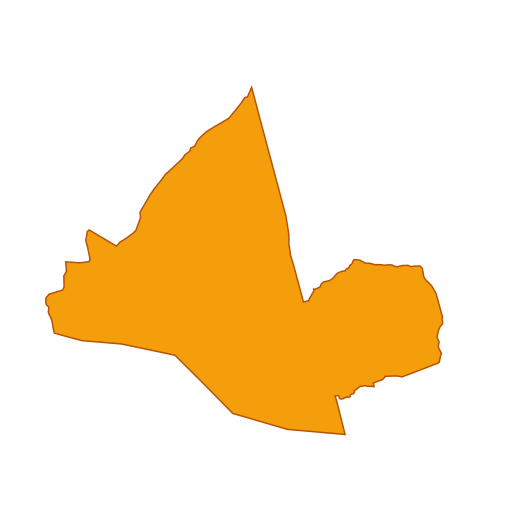 Tema West Municipal, Greater Accra, Ghana, rotated 100°
{"feature_id": "2480657B69717792501029", "entity_name": "Tema West Municipal", "entity_type": "district", "adm_level": 2, "iso_a3": "GHA", "parent_name": "Ghana", "parent_adm1": "Greater Accra", "projection": "natural_earth1", "projection_center": [-0.066, 5.653], "detail": "fine", "context": "isolated", "style": "filled", "palette": "amber", "viewbox_px": 512, "rotation_deg": 100, "n_neighbors": 0, "source": "geoboundaries", "source_scale": "gbopen_adm2", "svg_char_len": 2315}
<svg xmlns="http://www.w3.org/2000/svg" viewBox="0 0 512 512"><g transform="rotate(100 256 256)"><path d="M90.7,289.6L100.8,292.0L101.9,294.6L107.7,297.0L125.0,306.6L136.9,320.5L141.9,326.2L149.2,331.8L152.9,333.7L158.8,335.6L160.9,339.1L164.2,339.4L168.7,343.6L172.5,345.1L183.6,353.3L191.5,359.5L197.1,362.2L207.4,367.8L214.1,370.9L233.0,377.8L238.3,376.4L251.5,378.7L254.6,380.8L260.9,386.7L265.9,392.3L270.5,395.2L259.3,424.9L261.3,426.4L270.2,426.4L278.0,422.8L288.2,418.8L290.5,419.4L293.3,428.2L294.8,442.4L304.1,440.0L308.9,441.8L314.0,440.8L319.9,439.6L323.1,440.6L324.6,443.5L329.5,453.1L333.4,455.4L334.4,455.6L338.8,454.8L340.4,453.9L342.2,451.3L343.1,450.9L343.8,451.0L347.1,450.8L348.9,450.0L352.5,447.3L356.3,445.2L359.7,444.2L367.0,441.3L369.6,413.0L366.0,373.2L367.8,318.6L389.6,287.2L415.1,251.5L421.3,194.9L416.3,137.3L384.1,151.7L380.0,153.8L379.5,151.9L379.3,151.4L379.5,149.9L381.9,149.1L382.0,147.7L381.9,146.8L381.4,145.3L380.8,144.7L379.0,142.0L379.0,141.1L379.1,139.8L378.6,139.3L377.4,138.8L376.5,139.0L375.4,137.9L374.8,136.2L373.5,135.5L372.2,135.4L371.7,135.8L368.6,132.8L366.3,130.9L365.7,128.3L365.1,127.3L364.8,126.2L364.9,124.5L364.7,122.2L364.2,118.7L364.4,117.9L364.1,117.0L360.8,118.5L355.6,109.8L353.0,108.1L352.2,108.2L351.9,107.1L350.2,99.2L349.6,95.2L349.7,91.2L332.8,63.0L329.9,58.2L328.8,57.2L327.6,57.0L322.8,57.0L319.8,56.4L315.6,59.6L314.7,60.2L313.7,60.7L312.9,60.6L312.0,60.9L310.6,60.8L308.7,60.8L307.5,61.7L304.5,63.7L299.9,63.5L296.2,63.1L293.0,62.2L290.7,60.5L288.6,60.8L286.4,61.5L284.8,62.0L284.0,61.6L263.3,71.4L261.4,72.4L254.9,77.8L249.9,84.8L247.6,87.0L240.0,89.8L238.8,90.5L238.1,91.6L237.5,92.4L237.7,94.7L238.8,99.5L239.6,101.7L238.8,104.7L240.1,110.6L242.2,115.3L241.9,118.7L241.4,119.7L241.3,122.2L242.4,126.6L242.8,127.9L242.8,131.3L243.9,137.2L243.4,143.8L244.2,146.3L242.1,153.1L242.4,158.6L244.0,159.6L245.7,159.8L247.7,160.6L248.8,161.9L251.4,162.5L252.6,164.2L255.3,166.0L255.9,168.2L256.1,168.6L257.6,171.2L259.0,173.0L260.2,173.9L264.5,176.2L267.6,179.6L268.2,181.1L269.7,184.7L272.3,186.9L275.1,187.4L278.5,191.7L278.5,193.5L280.7,193.1L289.0,196.1L290.9,196.3L291.1,196.9L293.0,201.3L259.6,216.9L249.7,221.9L238.9,225.6L228.7,227.5L211.2,233.6L126.7,272.9L93.4,288.3L90.7,289.6Z" fill="#f59e0b" stroke="#b45309" stroke-width="1.5"/></g></svg>